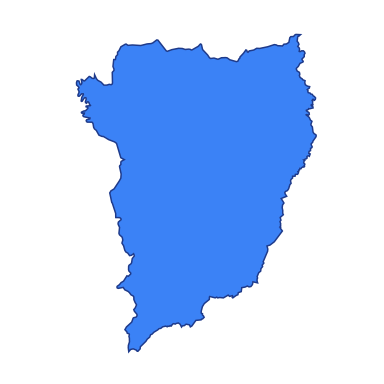 EA Hleo, Đắk Lắk, Vietnam, rotated 93°
{"feature_id": "81297802B9030212335391", "entity_name": "EA Hleo", "entity_type": "district", "adm_level": 2, "iso_a3": "VNM", "parent_name": "Vietnam", "parent_adm1": "Đắk Lắk", "projection": "mercator", "projection_center": [108.186, 13.232], "detail": "fine", "context": "isolated", "style": "filled", "palette": "blue", "viewbox_px": 384, "rotation_deg": 93, "n_neighbors": 0, "source": "geoboundaries", "source_scale": "gbopen_adm2", "svg_char_len": 5858}
<svg xmlns="http://www.w3.org/2000/svg" viewBox="0 0 384 384"><g transform="rotate(93 192 192)"><path d="M258.0,117.3L247.2,113.4L245.0,113.3L242.0,114.3L240.9,111.3L237.4,107.2L226.2,99.7L223.6,101.8L222.8,101.6L222.4,102.4L221.3,101.6L220.2,102.0L219.3,101.7L216.9,102.6L215.5,101.7L212.8,102.6L209.9,99.6L208.5,100.3L205.7,100.4L203.0,101.1L200.2,100.9L198.2,99.6L193.8,102.6L191.3,97.2L189.0,98.9L187.6,99.3L186.5,98.6L185.6,96.8L183.8,95.7L179.5,94.6L178.2,93.5L175.6,94.2L174.2,93.7L172.8,92.3L171.0,92.4L170.8,89.9L169.0,89.7L168.8,87.5L167.2,86.7L166.1,87.3L165.9,86.5L164.4,86.4L164.3,85.8L162.8,85.5L163.1,84.5L161.9,83.7L161.1,82.5L161.3,81.6L160.3,80.9L159.6,81.4L158.7,80.8L158.0,80.9L157.1,82.0L155.2,81.7L154.7,81.1L154.1,82.0L153.9,81.3L153.2,80.7L152.9,79.7L152.0,78.8L150.8,79.1L150.2,78.8L149.7,77.5L150.2,76.7L147.8,76.0L147.3,77.4L145.3,77.2L144.5,75.8L142.2,75.9L141.7,74.9L140.7,74.3L138.6,75.4L137.6,75.5L136.1,74.1L134.9,73.9L130.6,71.2L129.5,70.9L128.4,71.2L127.2,73.3L125.7,74.3L120.7,75.2L119.2,76.5L118.1,76.8L115.1,75.9L114.1,77.4L111.3,78.9L109.0,82.0L108.6,81.4L109.2,79.7L108.3,78.9L106.6,79.3L104.9,82.0L104.4,82.1L103.5,80.2L102.6,79.9L102.8,79.0L101.7,75.5L100.2,75.9L99.8,77.1L99.0,77.6L98.6,77.4L98.8,76.1L98.5,75.8L97.1,76.3L95.4,76.2L94.2,76.9L93.0,76.0L93.2,75.5L94.1,75.0L94.1,74.6L93.1,73.7L91.6,73.5L90.3,74.7L89.5,76.1L88.2,77.0L87.9,78.6L87.1,79.1L86.7,81.1L85.7,81.6L84.9,81.4L83.7,82.3L82.1,80.3L80.6,80.0L80.3,82.1L79.0,84.4L76.9,85.1L74.9,84.9L74.1,87.3L73.3,87.8L71.9,90.1L69.9,90.9L68.7,90.5L66.9,91.0L65.7,93.3L63.7,94.3L63.0,94.2L61.0,92.4L57.9,90.9L56.4,88.0L55.7,87.8L54.0,89.1L53.4,89.1L51.0,87.0L48.9,87.1L47.5,86.4L46.2,87.0L45.2,88.1L45.3,90.0L46.2,91.5L46.0,92.3L43.5,92.1L42.2,92.7L41.2,94.0L38.9,92.9L37.4,93.6L35.9,94.9L31.7,94.6L31.0,94.3L30.8,93.5L29.2,91.9L29.2,96.4L29.5,97.2L31.4,98.8L31.7,101.5L32.8,102.4L37.5,103.1L39.2,105.4L39.6,108.0L41.4,109.3L41.4,114.1L40.7,115.6L40.5,117.5L43.0,124.0L45.1,131.9L45.1,134.9L47.0,137.8L48.1,142.2L49.5,143.4L49.2,144.1L47.6,144.8L47.3,145.6L50.7,147.8L54.6,151.1L55.9,151.3L56.3,151.9L59.0,153.1L59.5,154.4L58.0,161.1L56.2,163.9L56.0,165.3L56.4,169.6L58.1,173.0L57.1,177.0L57.7,180.4L57.0,181.6L54.3,183.6L49.6,188.5L48.8,189.0L44.5,190.2L43.7,191.0L43.9,191.5L46.2,193.4L50.0,199.3L50.2,200.2L49.6,201.3L49.5,202.8L50.0,206.3L49.2,209.2L49.2,212.9L50.9,219.6L52.8,224.0L52.4,225.1L42.1,234.0L42.0,235.2L45.2,239.0L45.9,240.6L46.5,244.7L48.4,250.8L48.3,259.2L48.9,263.6L47.7,265.6L48.0,266.5L50.7,270.6L54.7,272.3L56.3,273.7L58.7,273.5L60.6,275.1L63.7,275.4L63.8,277.1L70.8,277.5L73.3,276.4L74.7,276.3L76.7,277.9L87.4,277.1L88.4,277.4L89.1,278.4L88.8,280.3L89.7,282.5L89.9,285.5L87.1,288.5L85.3,292.1L83.8,293.4L80.0,295.4L83.3,295.5L83.8,296.3L83.7,297.6L82.3,299.6L82.0,300.7L86.6,305.0L86.7,305.7L85.3,307.9L85.4,308.5L88.4,307.7L89.7,307.9L90.7,308.7L90.3,309.4L87.1,310.7L86.9,312.0L87.2,312.7L89.1,313.1L91.2,312.8L92.9,310.8L93.9,310.3L95.2,311.3L98.0,309.9L101.0,311.0L102.0,310.9L102.3,310.4L102.2,309.5L99.7,307.3L99.7,305.7L100.4,305.6L103.2,307.0L106.9,307.5L107.3,307.0L107.1,306.4L103.8,304.5L103.4,304.0L103.5,302.9L104.8,302.5L107.4,303.2L108.4,303.0L108.9,301.9L107.5,301.3L107.4,300.4L108.0,299.7L109.9,298.9L110.8,297.9L111.1,298.1L111.7,302.1L112.4,302.3L113.0,300.5L114.0,300.4L116.4,302.6L116.8,304.4L118.0,306.5L118.6,306.6L119.1,306.0L118.8,303.6L119.8,303.7L120.8,304.9L121.7,304.9L122.5,303.9L123.5,297.7L124.4,297.9L125.4,301.0L126.1,301.4L127.3,301.0L127.7,300.1L127.5,295.6L128.0,295.0L128.9,294.4L132.6,293.6L134.1,292.7L135.5,290.8L140.1,287.9L141.2,284.8L141.2,283.4L144.1,277.9L146.0,272.0L147.4,269.9L161.5,264.9L163.2,261.3L165.1,264.3L165.9,264.6L168.3,264.5L169.6,265.6L170.4,265.7L177.8,263.7L181.9,263.8L184.8,265.2L193.0,270.0L195.1,273.0L197.2,274.1L206.6,271.6L207.3,271.0L217.4,267.1L221.5,266.8L221.4,262.8L222.1,261.8L222.8,261.4L223.4,261.4L225.8,263.9L227.1,264.2L228.3,264.0L231.1,262.5L237.1,262.8L238.5,262.2L240.6,259.6L241.3,259.2L243.6,258.6L246.7,259.3L249.3,257.5L253.6,256.1L255.3,255.0L256.4,252.9L258.8,251.0L258.4,249.2L256.7,247.1L258.3,246.4L258.9,246.3L261.6,248.2L265.8,248.6L266.9,249.2L268.5,251.1L269.6,251.4L272.9,251.3L274.2,250.9L276.2,248.9L277.2,249.0L279.5,251.2L279.1,252.6L284.6,255.7L286.2,258.1L288.3,259.6L290.0,261.7L290.8,262.0L291.7,261.7L292.1,260.7L290.9,255.7L293.2,254.0L294.7,250.5L295.8,249.2L297.9,247.5L298.9,245.3L299.9,244.6L302.5,244.4L305.0,243.2L307.6,241.5L310.6,242.6L312.5,244.0L314.1,243.3L317.0,240.6L318.2,240.4L319.3,240.8L319.9,241.4L320.6,243.7L321.1,244.2L325.1,245.4L330.2,250.4L333.0,251.8L335.0,249.8L336.5,249.2L336.8,247.6L337.6,247.1L339.6,247.4L341.0,246.9L345.0,246.6L348.4,247.5L350.8,247.5L354.8,246.8L352.5,245.1L351.7,242.5L352.8,239.4L353.9,238.4L353.9,237.7L351.4,235.6L349.3,235.5L343.5,230.2L341.3,229.0L339.2,226.7L336.7,225.9L336.0,224.4L334.0,222.7L331.5,219.0L330.2,217.8L329.8,216.0L328.2,214.3L327.3,211.2L327.9,209.7L327.2,209.1L327.4,207.9L326.6,206.9L327.0,206.4L326.9,205.6L326.0,205.4L325.7,204.8L324.6,204.0L324.4,203.2L324.8,201.9L324.1,200.9L323.5,198.8L324.7,196.9L327.4,195.4L326.2,194.6L325.8,192.6L324.3,191.0L324.8,187.6L326.8,186.6L325.8,185.1L320.0,181.4L319.2,176.2L318.6,176.0L318.2,174.8L316.5,173.3L315.1,174.1L314.3,175.1L312.9,175.2L312.8,176.2L312.2,176.5L310.3,176.5L305.9,175.6L302.8,173.9L298.4,169.1L295.9,169.1L295.4,168.8L296.5,163.3L295.7,161.8L296.4,160.8L295.9,158.8L296.1,155.1L293.1,150.5L294.3,149.0L293.4,146.2L294.0,146.0L295.2,146.3L295.6,145.7L293.0,142.5L292.2,140.8L290.1,140.5L288.9,137.6L284.9,137.3L284.2,134.1L283.0,131.8L283.8,130.1L283.3,128.2L281.3,126.8L278.5,126.4L279.3,121.7L277.4,122.4L275.3,122.4L274.5,122.0L273.0,122.5L269.0,121.1L267.5,119.3L264.9,119.1L262.8,117.6L261.4,118.1L259.2,116.5L258.0,117.3Z" fill="#3b82f6" stroke="#1e3a8a" stroke-width="1.5"/></g></svg>